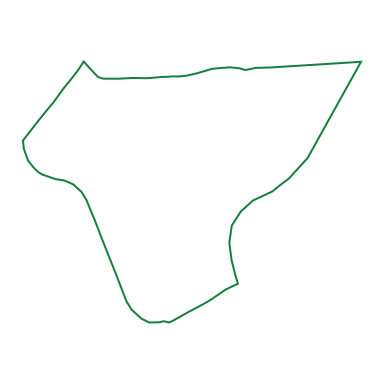 Chamkar Mon, Phnom Penh, Cambodia (Equal Earth projection)
{"feature_id": "14789045B33698683582262", "entity_name": "Chamkar Mon", "entity_type": "district", "adm_level": 2, "iso_a3": "KHM", "parent_name": "Cambodia", "parent_adm1": "Phnom Penh", "projection": "equal_earth", "projection_center": [104.92, 11.542], "detail": "fine", "context": "isolated", "style": "outline", "palette": "green", "viewbox_px": 384, "rotation_deg": 0, "n_neighbors": 0, "source": "geoboundaries", "source_scale": "gbopen_adm2", "svg_char_len": 998}
<svg xmlns="http://www.w3.org/2000/svg" viewBox="0 0 384 384"><path d="M160.7,77.0L156.2,77.5L146.6,78.2L134.9,78.0L131.4,78.0L119.0,78.7L103.3,78.7L98.0,77.0L89.4,67.9L83.7,61.5L78.3,69.9L72.3,77.7L63.5,88.5L53.3,102.6L47.7,109.2L38.7,120.3L30.0,131.5L23.0,140.5L23.8,148.7L28.0,160.5L33.2,167.1L38.1,172.0L42.2,174.5L55.4,179.1L64.6,180.5L73.4,184.5L81.7,192.1L86.7,200.6L90.8,210.7L94.5,219.5L102.8,241.0L108.5,255.3L112.1,264.4L115.9,273.9L119.2,282.6L126.4,301.2L131.6,309.6L141.2,318.5L149.2,322.5L159.4,322.3L163.6,321.2L169.1,322.5L173.1,320.6L180.1,316.7L188.2,312.1L194.0,309.1L205.9,302.7L212.4,298.7L225.4,289.7L237.9,283.7L235.4,275.5L231.5,259.7L229.3,242.8L231.8,225.5L240.8,211.5L253.0,200.5L272.4,191.4L280.3,185.0L288.9,178.5L307.6,158.0L361.0,61.8L271.7,67.4L262.2,67.7L255.7,67.9L249.7,69.2L245.4,70.0L239.6,68.3L230.2,67.3L225.2,67.7L215.2,68.5L211.9,68.9L196.2,73.5L186.4,75.7L178.5,76.5L172.8,76.4L164.9,76.9L160.7,77.0Z" fill="none" stroke="#15803d" stroke-width="2"/></svg>